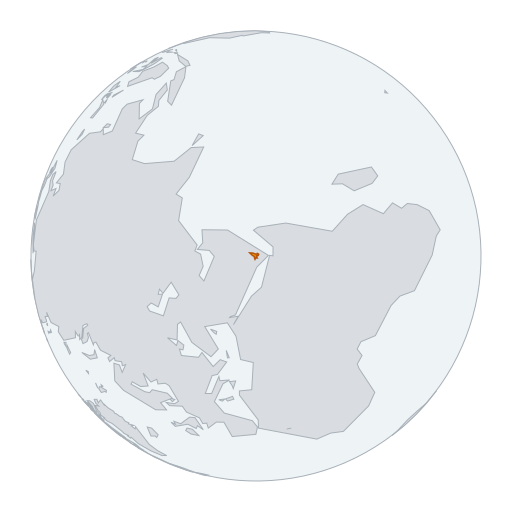 globe centered on Ma'rib, rotated 235°
{"feature_id": "YEM-337", "entity_name": "Ma'rib", "entity_type": "Governorate", "adm_level": 1, "iso_a3": "YEM", "parent_name": "Yemen", "parent_adm1": "", "projection": "orthographic", "projection_center": [45.213, 15.324], "detail": "fine", "context": "on_globe", "style": "filled", "palette": "amber", "viewbox_px": 512, "rotation_deg": 235, "n_neighbors": 0, "source": "natural_earth", "source_scale": "10m", "svg_char_len": 10029}
<svg xmlns="http://www.w3.org/2000/svg" viewBox="0 0 512 512"><g transform="rotate(235 256 256)"><circle cx="256" cy="256" r="225" fill="#eef3f6" stroke="#a8b0b8"/><path d="M209.9,35.5L210.9,35.3L209.8,35.6L203.7,36.9L203.3,37.0L201.0,37.6L199.9,37.8L209.9,35.5ZM198.7,38.1L199.0,38.1L195.6,39.0L198.7,38.1ZM192.9,39.7L197.3,38.6L190.1,40.8L185.7,42.0L187.5,41.4L192.9,39.7ZM167.1,49.0L164.9,50.0L157.0,53.8L150.3,57.1L146.7,59.1L151.1,57.2L136.6,65.5L123.7,75.1L120.3,77.5L117.0,79.0L120.1,76.3L135.0,66.0L150.7,56.9L167.1,49.0ZM106.3,87.7L108.1,86.1L104.6,89.2L104.3,89.5L106.3,87.7ZM30.9,264.5L31.8,271.9L34.9,286.5L36.6,299.8L37.8,311.3L42.1,326.6L37.6,311.4L34.3,295.9L32.0,280.2L30.9,264.5ZM314.0,38.3L313.4,38.2L314.0,38.3ZM225.8,32.8L226.2,32.7L223.8,33.0L225.8,32.8ZM307.1,36.7L306.5,36.6L305.1,36.2L307.1,36.7ZM214.6,34.6L220.5,33.6L217.7,34.2L216.6,34.3L212.3,35.0L214.1,34.6L214.6,34.6ZM214.6,34.7L216.2,34.6L212.3,35.4L210.8,35.4L214.6,34.7ZM223.2,33.1L226.0,32.7L223.6,33.1L223.2,33.1ZM199.3,39.2L201.4,38.3L204.9,37.6L199.3,39.2ZM217.0,34.5L218.4,34.3L220.0,34.0L217.0,34.5ZM234.8,31.8L233.5,31.9L239.1,31.4L238.5,31.6L231.5,32.2L234.3,32.1L234.1,32.2L228.5,32.6L234.8,31.8ZM225.2,33.7L216.0,35.2L211.2,36.7L208.0,37.3L216.3,34.8L225.2,33.7ZM227.6,33.0L225.4,33.5L222.5,33.7L222.4,33.5L227.6,33.0ZM240.6,31.7L243.4,31.2L244.8,31.1L240.6,31.7ZM224.3,34.1L226.5,33.8L224.3,34.2L224.3,34.1ZM236.2,32.3L237.0,32.0L238.6,31.9L236.2,32.3ZM230.3,33.5L227.4,33.9L227.2,33.7L230.3,33.5ZM233.5,32.9L235.5,32.9L228.9,33.3L233.6,32.8L233.5,32.9ZM237.7,32.2L238.9,32.1L237.1,32.4L237.7,32.2ZM232.9,34.6L224.6,35.2L224.0,34.6L232.3,33.9L232.9,34.6ZM382.4,69.5L371.5,62.7L346.6,49.8L356.5,54.5L353.3,53.1L356.2,54.7L363.3,58.5L364.7,59.1L371.0,66.0L386.1,78.7L387.4,77.0L393.2,80.3L411.4,96.7L427.6,123.2L435.5,130.7L439.3,136.3L439.8,140.7L434.3,132.5L430.3,130.4L427.1,125.5L426.0,130.9L421.4,124.2L422.8,132.3L427.7,137.2L430.4,134.4L433.5,145.2L442.5,153.5L449.0,165.5L452.0,190.0L447.0,199.7L447.8,203.9L443.0,200.5L440.8,210.0L453.2,230.8L454.3,237.6L448.8,253.0L447.9,248.0L435.3,238.9L435.9,255.6L445.6,266.7L449.1,281.7L442.9,278.6L439.1,265.6L434.6,261.9L433.6,247.6L425.7,227.8L419.3,233.5L417.8,225.1L405.9,209.9L395.6,217.7L380.6,243.3L382.0,265.1L375.3,275.7L358.7,246.5L352.6,226.1L345.8,228.9L329.4,212.9L298.8,214.1L295.2,208.8L289.3,211.7L277.9,206.8L272.6,198.2L265.4,199.0L279.6,221.6L287.4,220.9L295.0,211.7L297.4,220.0L308.5,226.8L293.6,247.6L249.4,266.5L246.4,250.2L219.5,205.4L221.0,200.5L221.0,200.0L220.7,199.0L216.9,206.9L212.7,198.2L225.7,229.2L227.3,242.6L248.7,267.5L246.4,270.0L253.7,275.2L278.6,268.7L278.5,274.1L265.9,299.3L232.5,332.7L237.7,354.9L236.7,373.2L217.6,384.6L221.2,398.3L211.6,402.6L212.2,410.1L205.6,417.5L193.8,423.9L171.8,421.9L169.0,415.2L155.7,400.8L136.7,365.9L140.6,350.9L138.0,338.3L122.3,308.1L125.6,292.8L121.8,285.5L113.7,285.8L109.4,277.0L104.6,275.9L76.2,275.1L68.6,262.3L62.2,227.0L68.1,215.6L71.1,200.8L113.6,159.3L120.5,163.8L151.5,162.6L155.0,165.0L148.9,175.8L170.3,192.7L180.0,184.0L201.7,193.6L217.7,194.2L227.6,173.5L201.4,171.8L199.3,161.4L222.1,153.9L245.2,156.4L245.1,152.5L232.5,143.2L239.8,136.6L228.3,139.5L231.5,143.6L224.4,145.8L221.0,142.3L223.7,139.9L217.3,137.8L206.0,150.8L208.0,156.4L190.0,157.5L191.6,167.2L186.0,171.2L181.1,156.5L183.2,151.5L172.5,135.6L168.8,140.8L178.6,156.5L174.6,154.9L169.6,163.3L170.3,155.7L160.6,138.4L145.6,139.9L123.1,158.6L115.1,159.1L110.0,153.6L121.7,133.0L138.3,134.4L142.7,128.2L142.4,118.2L147.4,119.8L149.3,116.3L155.9,116.8L168.1,109.5L175.2,109.5L182.9,99.5L187.6,98.4L181.7,104.5L181.4,109.1L199.5,110.5L203.8,108.7L207.4,102.3L211.9,104.0L213.0,97.7L224.8,96.4L211.4,93.1L215.2,86.7L223.9,82.5L222.7,80.1L208.6,87.1L205.1,90.5L206.0,94.3L194.5,104.6L187.6,105.9L190.6,93.7L181.2,94.5L187.6,85.6L221.9,70.5L234.7,68.7L249.7,78.1L245.1,81.6L237.4,79.6L241.8,86.9L242.8,83.6L246.5,85.3L251.1,80.5L254.0,81.6L253.5,75.5L257.5,76.3L257.8,80.1L268.0,74.6L277.2,75.5L278.1,73.8L276.5,71.8L289.2,74.8L289.4,73.5L285.3,72.0L282.8,68.5L283.5,64.0L287.9,65.2L288.2,67.0L295.5,73.2L295.8,78.5L297.6,78.6L298.4,74.4L289.5,66.8L288.7,63.7L293.6,66.8L291.8,65.4L292.7,64.4L297.8,64.7L292.6,61.2L297.2,50.2L307.4,50.6L311.3,54.0L319.1,50.0L330.0,52.2L326.1,50.5L327.3,48.4L323.9,47.6L322.2,46.8L323.6,42.9L327.3,43.5L323.6,41.4L321.6,40.7L318.6,40.0L313.4,38.2L314.0,38.3L332.0,43.9L349.5,51.0L366.3,59.6L382.4,69.5ZM96.6,181.9L94.8,186.2L96.6,181.9ZM268.4,170.6L283.2,171.5L278.8,158.4L284.2,157.9L280.7,153.9L278.4,157.5L270.4,146.7L277.6,143.2L277.0,137.8L272.0,137.3L260.1,145.8L271.5,160.8L267.2,166.1L268.4,170.6ZM108.6,87.1L103.0,92.1L106.6,88.6L104.7,89.9L109.9,84.7L118.8,78.5L113.8,82.0L108.6,87.1ZM118.4,77.6L115.0,80.4L117.8,78.1L118.4,77.6ZM153.4,98.3L154.6,100.8L150.6,104.5L141.7,106.2L147.4,100.7L153.4,98.3ZM157.3,103.6L162.8,92.1L168.6,91.1L164.4,93.5L167.7,94.0L161.8,98.1L162.1,109.2L158.6,113.3L143.9,113.2L150.6,110.7L149.0,108.1L157.3,103.6ZM166.4,70.1L168.8,66.7L178.3,68.8L174.9,71.8L165.7,73.3L164.3,70.6L166.4,70.1ZM181.5,43.8L181.8,43.5L183.5,43.0L184.6,42.8L181.5,43.8ZM200.0,38.9L181.9,44.9L181.3,44.7L171.4,49.3L166.0,50.8L172.7,47.7L161.1,52.7L165.0,50.4L157.3,54.1L172.6,46.9L175.6,45.6L174.3,46.3L179.1,44.8L182.1,43.8L192.8,40.3L201.6,37.5L207.8,36.2L209.8,36.0L208.6,36.4L205.0,37.0L206.0,37.3L199.8,38.5L200.0,38.9ZM229.9,43.5L226.2,42.5L227.3,46.1L221.1,46.2L221.6,46.6L216.2,47.8L210.5,50.3L208.1,50.0L206.9,51.1L203.3,52.2L200.9,53.8L195.7,54.1L192.3,56.1L191.7,55.2L187.4,58.7L188.3,56.3L183.7,57.9L185.2,59.4L162.8,60.5L152.7,63.9L143.7,68.4L146.5,64.5L156.6,58.2L169.8,52.0L179.1,49.8L178.7,48.8L183.0,47.5L181.6,48.8L186.4,46.2L189.6,45.6L201.3,42.1L206.3,39.4L210.7,38.3L210.3,39.1L215.0,37.6L217.3,38.5L220.5,37.9L225.9,38.6L223.3,41.1L227.1,40.3L231.4,41.2L229.9,43.5ZM234.3,34.8L232.6,36.9L228.4,38.3L220.7,36.6L217.4,37.0L212.3,36.7L218.5,35.0L219.4,35.1L221.7,35.0L218.9,35.6L222.9,35.0L224.2,35.4L227.7,35.1L226.2,35.8L234.3,34.8ZM160.4,161.3L163.4,162.1L168.3,162.2L165.3,167.7L160.4,161.3ZM153.5,149.5L156.4,149.1L154.5,156.3L151.4,155.7L153.5,149.5ZM159.6,143.1L156.7,148.5L156.4,145.2L159.6,143.1ZM184.6,104.0L187.9,103.5L187.6,105.1L185.0,107.2L184.6,104.0ZM231.8,56.4L230.3,55.1L231.7,54.6L232.9,51.0L237.6,51.1L238.7,53.2L231.8,56.4ZM222.2,176.8L216.7,180.6L214.7,178.5L217.0,177.6L222.2,176.8ZM188.9,174.2L195.8,177.5L188.0,175.7L188.9,174.2ZM237.1,55.9L237.1,54.3L239.4,55.3L237.1,55.9ZM241.1,51.0L244.1,51.8L238.3,50.7L241.1,51.0ZM315.9,455.1L317.7,456.6L314.1,457.1L315.9,455.1ZM275.9,370.3L262.7,401.6L251.8,401.7L248.9,392.7L253.1,373.8L265.5,368.3L271.3,359.4L275.9,370.3ZM469.3,308.5L470.9,308.2L470.6,309.3L469.3,308.5ZM467.8,306.3L470.0,305.2L467.0,308.7L467.8,306.3ZM470.7,304.8L472.9,301.4L473.9,299.2L473.5,301.4L470.7,304.8ZM466.1,307.3L455.0,312.1L450.0,311.3L451.7,307.2L459.8,305.0L466.1,307.3ZM451.3,307.2L443.0,299.7L428.0,273.3L433.4,272.4L448.3,286.6L447.5,290.0L452.6,296.5L451.3,307.2ZM469.4,280.7L468.4,290.6L462.8,292.5L459.9,292.2L458.0,280.8L459.1,274.1L461.6,273.2L468.6,248.1L471.6,251.9L470.0,262.0L472.3,269.2L469.4,280.7ZM383.1,267.0L388.9,279.1L384.9,281.8L383.1,267.0ZM469.4,231.9L467.9,242.6L468.6,229.0L469.4,231.9ZM468.6,219.6L469.7,224.1L467.7,220.3L468.6,219.6ZM449.6,210.1L447.1,212.3L446.1,209.1L448.7,204.5L449.6,210.1ZM453.9,175.9L457.5,185.1L458.3,188.5L455.4,183.4L453.9,175.9ZM276.9,58.0L270.0,62.5L268.1,66.7L271.9,70.1L263.6,67.6L266.5,61.1L276.9,58.0ZM294.2,50.8L290.9,48.5L294.2,48.7L295.5,49.3L294.2,50.8ZM290.9,50.0L283.2,48.8L282.5,47.0L288.7,48.2L290.9,50.0ZM260.0,51.1L257.6,52.3L255.8,51.4L260.0,51.1ZM440.8,384.8L432.2,395.2L430.9,395.1L435.8,388.5L443.7,371.6L444.6,371.4L449.7,359.2L461.5,343.1L471.4,319.0L472.6,317.7L476.3,303.3L471.8,320.7L466.0,337.6L458.9,354.0L450.5,369.7L440.8,384.8ZM473.0,306.6L475.9,297.3L476.8,295.8L473.0,306.6ZM480.6,273.8L480.7,270.0L481.0,266.0L480.5,264.4L481.2,260.2L481.1,264.1L480.6,273.8ZM478.6,276.4L478.4,279.0L478.0,277.6L478.6,276.4ZM479.3,274.1L480.1,275.2L479.1,276.4L479.3,274.1ZM473.6,270.5L474.3,276.0L476.4,270.6L474.7,277.3L475.6,286.1L474.8,290.2L474.1,280.6L472.8,292.1L471.8,292.6L471.8,283.5L473.2,271.2L474.2,265.8L477.8,260.9L473.6,270.5ZM479.5,266.8L479.2,260.3L479.3,255.3L479.8,258.5L479.5,266.8ZM476.9,245.0L474.6,238.2L473.5,242.4L474.8,229.2L477.0,237.7L476.9,245.0ZM473.4,228.6L472.5,232.4L472.8,225.0L473.4,228.6ZM471.7,230.0L470.5,224.7L471.8,224.6L471.7,230.0ZM474.1,228.4L472.6,218.9L474.1,223.9L474.1,228.4ZM467.3,212.9L471.8,220.1L467.7,218.5L462.8,201.2L464.2,199.8L467.3,212.9ZM445.4,140.5L442.5,136.3L442.4,134.5L444.5,137.9L445.4,140.5ZM439.5,126.7L441.4,132.7L442.5,138.5L444.3,140.0L448.4,148.0L443.3,141.8L439.4,132.2L439.3,129.4L435.1,123.1L432.5,118.2L426.6,111.0L424.1,107.6L429.4,113.4L439.5,126.7ZM424.0,108.2L412.7,96.0L414.5,96.6L417.4,99.3L421.8,104.5L420.6,103.8L424.0,108.2ZM410.5,93.4L409.1,92.9L389.8,77.8L386.1,74.9L401.9,85.7L401.5,85.9L405.9,89.8L410.5,93.4ZM308.9,37.2L306.7,36.6L308.5,37.0L308.9,37.2ZM320.3,46.4L318.2,45.3L320.4,45.5L320.3,46.4ZM313.6,42.5L312.6,43.1L311.9,42.0L313.6,42.5ZM310.7,44.6L311.3,43.0L313.3,45.4L310.7,44.6Z" fill="#d9dde1" stroke="#a8b0b8" stroke-width="1"/><path d="M256.9,254.2L257.3,254.2L257.8,253.7L259.0,253.3L262.1,252.7L260.3,255.0L258.1,256.6L257.5,257.0L257.4,257.2L257.4,257.3L257.3,257.5L257.2,257.8L257.2,258.1L257.2,258.3L257.3,258.4L257.4,258.5L257.2,258.7L257.1,258.8L256.9,258.9L256.6,258.9L256.5,259.0L256.4,259.0L256.2,259.1L255.9,259.2L255.7,259.0L255.7,258.9L255.7,258.7L255.6,258.4L255.6,258.2L255.4,258.0L255.2,258.0L255.2,257.8L255.2,257.7L255.3,257.4L255.4,257.2L255.5,257.1L255.7,256.9L255.8,256.8L255.8,256.7L255.8,256.3L255.7,256.3L255.6,256.2L255.4,256.2L255.2,256.1L255.1,255.9L254.9,255.8L254.7,255.8L254.6,256.0L254.3,256.0L254.2,255.8L254.1,255.7L253.9,255.7L254.4,255.2L254.5,255.1L254.5,254.9L254.2,254.5L254.2,254.3L254.2,254.0L254.1,253.7L253.9,253.3L255.2,253.6L256.1,254.1L256.9,254.2Z" fill="#f59e0b" stroke="#b45309" stroke-width="1.5"/></g></svg>